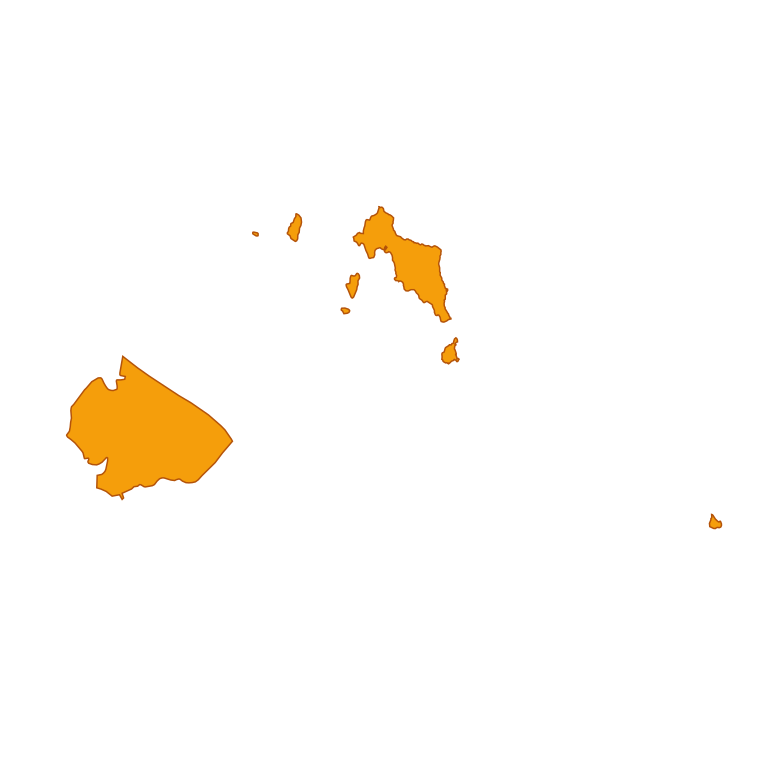 Hoi An, Quàng Nam, Vietnam, rotated 354°
{"feature_id": "81297802B62948768430814", "entity_name": "Hoi An", "entity_type": "district", "adm_level": 2, "iso_a3": "VNM", "parent_name": "Vietnam", "parent_adm1": "Quàng Nam", "projection": "equal_earth", "projection_center": [108.484, 15.896], "detail": "fine", "context": "isolated", "style": "filled", "palette": "amber", "viewbox_px": 768, "rotation_deg": 354, "n_neighbors": 0, "source": "geoboundaries", "source_scale": "gbopen_adm2", "svg_char_len": 6138}
<svg xmlns="http://www.w3.org/2000/svg" viewBox="0 0 768 768"><g transform="rotate(354 384 384)"><path d="M89.2,444.9L87.5,457.2L91.7,459.0L96.5,461.8L101.9,467.1L109.4,466.5L111.5,471.4L113.1,470.1L112.1,465.3L122.0,462.0L124.6,460.0L128.3,459.9L130.4,458.5L131.7,458.8L134.7,461.1L136.0,461.4L143.0,460.9L145.2,460.0L148.2,456.8L151.0,454.7L153.4,454.2L155.4,454.4L161.9,457.2L165.7,458.1L167.6,457.4L170.1,457.0L171.2,457.4L173.4,459.5L176.7,461.4L179.6,461.9L182.9,462.0L186.2,461.6L189.3,459.8L193.5,456.0L207.9,444.5L216.1,435.7L227.3,425.1L226.3,422.7L221.0,413.0L217.5,408.6L206.2,396.4L190.4,382.8L178.6,374.0L151.3,351.6L140.6,342.2L127.1,329.2L122.5,345.4L122.3,347.3L122.9,348.0L127.5,349.5L126.6,352.2L122.7,352.4L118.9,352.0L118.4,352.3L118.1,353.2L118.4,358.0L118.3,359.4L118.1,360.7L117.6,361.4L114.0,362.2L111.8,361.8L109.6,360.8L108.5,359.7L107.0,357.1L105.6,354.0L104.1,349.6L103.3,348.5L102.6,348.2L100.3,348.1L93.6,351.2L87.6,356.9L85.6,358.5L73.4,371.8L70.9,373.9L70.3,375.5L69.8,377.7L69.6,385.3L68.4,389.2L67.4,394.2L66.2,398.1L63.1,401.5L63.0,402.1L63.8,403.7L67.0,406.6L70.5,410.3L76.7,419.4L77.5,421.1L78.2,426.5L78.6,427.0L82.0,426.8L82.4,427.1L82.5,427.8L82.3,428.7L81.6,429.7L81.4,430.6L82.0,431.9L85.5,433.6L89.8,434.4L92.5,433.7L95.4,432.3L100.2,428.2L100.9,428.2L101.4,428.7L101.1,431.5L98.5,439.7L97.4,441.7L95.7,443.3L93.9,444.4L89.2,444.9ZM398.7,208.1L398.2,207.4L397.5,207.2L397.6,208.0L395.4,213.1L394.3,214.1L391.8,215.3L389.3,215.7L388.3,216.7L387.2,219.0L386.8,219.5L384.2,218.7L383.3,219.1L382.5,220.6L381.4,224.9L380.7,226.2L379.5,229.5L379.2,232.2L376.3,231.7L375.5,230.8L373.4,231.4L372.0,233.1L368.8,234.7L369.2,236.2L369.2,238.6L371.6,240.1L372.6,241.9L373.2,243.5L373.6,243.8L374.2,243.8L375.9,241.6L376.5,241.5L377.9,242.2L378.6,243.1L380.0,249.4L381.3,253.0L381.9,256.2L382.2,257.1L383.1,257.6L385.2,257.2L386.6,257.2L387.1,256.9L388.3,254.6L388.4,252.3L389.0,250.2L390.7,248.7L394.1,248.0L394.5,248.1L395.5,249.3L397.9,250.6L398.4,250.2L399.0,248.2L400.1,247.1L401.2,248.4L400.6,249.2L400.4,248.8L400.0,249.0L399.4,250.7L398.4,251.0L398.3,251.9L398.9,253.1L399.8,253.7L401.7,253.5L402.5,252.9L403.9,253.6L404.4,254.3L405.5,256.9L405.7,259.3L405.4,261.7L406.6,263.9L406.9,264.9L407.4,269.9L407.0,271.2L407.0,272.3L407.5,274.0L407.3,275.3L407.9,277.5L407.3,279.4L406.0,279.5L405.5,280.0L405.4,280.8L405.5,281.2L406.7,282.5L407.4,282.4L409.3,283.1L409.4,283.7L410.4,283.2L411.5,283.4L413.2,284.8L413.8,286.6L413.6,288.1L413.9,289.3L414.0,291.7L415.5,293.6L417.7,294.0L420.7,293.0L423.7,293.3L424.7,294.4L425.7,296.7L427.4,298.7L427.8,300.0L427.9,301.8L428.2,302.7L430.4,304.6L431.8,307.0L432.2,307.2L432.9,307.2L434.3,306.5L435.5,306.3L440.1,310.0L440.4,310.7L440.4,312.1L441.7,315.6L441.8,316.9L441.6,317.8L442.3,320.4L442.7,321.0L443.6,321.4L444.1,321.4L444.8,320.9L445.8,321.4L446.8,323.6L447.0,326.2L447.4,327.8L449.3,328.6L450.5,328.6L453.0,327.8L454.8,326.7L457.4,326.3L457.4,325.6L456.5,325.3L456.5,324.4L455.6,322.5L455.5,321.2L454.9,320.4L453.6,317.5L452.8,316.0L452.6,315.4L452.8,314.6L452.1,312.6L452.2,310.0L452.8,308.3L452.6,307.0L452.9,306.4L453.6,306.4L453.9,305.4L454.2,302.1L455.7,300.9L455.9,298.6L456.5,298.4L457.2,297.3L457.1,296.2L456.6,296.1L455.8,296.8L455.8,295.6L455.0,295.2L454.3,292.0L454.6,291.1L453.7,290.1L453.6,288.7L452.4,286.8L452.5,284.6L451.2,281.6L451.6,278.9L451.1,278.2L451.5,274.2L450.9,270.5L451.2,269.0L452.5,265.9L453.0,263.9L453.0,262.7L454.1,261.1L454.2,259.5L454.7,257.9L454.6,256.5L451.3,253.3L449.0,251.9L447.8,252.1L446.0,253.0L443.5,251.7L442.9,251.1L439.5,251.0L439.2,250.5L438.3,250.3L437.5,249.3L436.3,248.7L434.9,249.4L433.9,248.9L432.4,247.4L431.0,247.5L430.5,247.0L428.6,246.6L428.4,245.8L428.0,245.5L427.1,245.3L425.8,243.9L424.1,243.3L423.1,242.3L421.7,242.2L420.5,242.9L419.0,242.6L416.7,240.5L415.9,239.3L412.5,237.9L411.7,236.9L411.1,235.1L410.7,233.3L409.6,232.0L409.5,230.7L408.6,227.3L408.8,226.4L409.9,224.9L409.9,223.5L410.3,222.7L410.9,219.8L409.0,217.5L407.3,216.2L406.3,216.0L405.6,215.0L404.0,214.2L402.0,212.3L401.7,209.4L400.7,208.2L400.3,207.9L398.7,208.1ZM461.5,349.8L461.6,348.0L461.3,346.8L460.9,346.1L460.3,345.6L458.8,346.6L457.8,348.9L457.4,350.5L457.2,350.7L455.8,350.9L454.9,352.1L453.1,351.8L452.5,352.5L449.1,354.2L448.6,354.8L447.2,358.4L445.2,359.2L444.7,360.2L444.6,363.3L444.1,365.6L444.8,366.0L445.2,367.7L445.7,368.2L447.5,369.5L448.6,369.4L450.3,370.7L450.5,370.6L450.5,370.1L451.0,370.3L451.8,369.8L453.5,368.4L455.8,367.8L456.2,367.0L456.5,366.9L457.6,367.7L458.1,367.7L458.4,368.8L458.9,369.4L459.6,369.3L460.2,368.7L460.5,368.0L461.2,367.4L461.2,367.1L460.3,366.3L459.2,366.6L459.2,365.0L458.9,364.3L458.8,363.2L458.3,362.5L458.4,362.0L458.9,362.0L459.0,361.2L458.2,357.4L457.8,357.0L457.8,355.8L458.4,353.5L459.5,352.8L459.6,352.4L458.8,352.0L458.9,351.4L460.3,350.1L461.5,349.8ZM310.7,232.9L312.0,232.5L313.3,230.7L313.9,226.6L315.5,224.3L316.3,220.1L317.9,217.7L318.9,214.4L318.8,210.1L316.9,207.1L314.9,205.6L314.2,205.7L313.8,208.4L312.2,210.2L310.6,213.8L308.3,214.7L308.0,215.2L307.6,217.3L306.3,218.0L305.9,218.5L305.4,219.6L304.9,222.1L303.6,223.7L303.7,224.6L306.0,226.7L306.7,229.6L310.7,232.9ZM370.8,273.5L370.0,271.8L369.1,271.2L368.4,271.3L367.1,272.9L366.4,273.4L365.3,273.5L363.1,272.6L362.6,272.8L362.2,273.3L361.4,275.3L360.9,278.9L360.4,280.4L357.2,280.7L356.8,281.1L356.7,282.0L356.9,283.4L358.1,286.4L360.3,294.0L360.9,294.9L361.7,295.2L362.9,294.3L366.7,287.4L367.4,284.6L368.6,282.3L368.9,278.6L370.8,276.1L370.8,273.5ZM701.5,555.4L699.4,552.9L697.5,549.1L696.9,548.3L696.2,548.0L696.0,551.0L695.0,552.2L694.9,553.3L693.1,556.6L693.1,559.9L696.7,562.1L698.3,562.4L699.9,561.6L701.1,561.5L702.0,561.9L702.8,561.9L704.0,561.4L704.8,560.1L705.0,558.4L704.4,556.1L704.0,555.6L703.5,555.7L702.7,556.3L701.5,555.4ZM351.5,309.9L354.8,309.8L356.5,309.2L357.3,308.2L357.5,307.3L357.3,306.9L356.4,305.9L353.1,304.4L349.9,304.2L349.3,305.1L349.3,306.1L350.4,307.1L351.5,309.9ZM274.0,223.5L274.4,222.9L274.5,221.2L273.9,220.5L270.4,219.3L269.5,219.4L269.3,219.8L269.2,220.4L269.4,221.1L269.9,221.5L272.4,223.4L274.0,223.5Z" fill="#f59e0b" stroke="#b45309" stroke-width="1.5"/></g></svg>